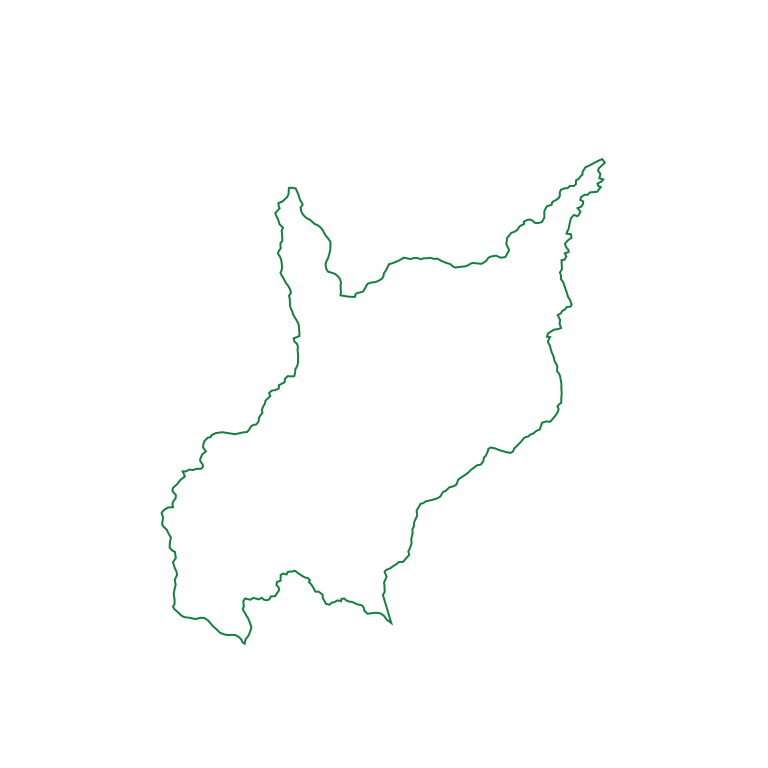 outline of Cristalândia, Tocantins, Brazil, rotated 114°
{"feature_id": "56859067B40620192903678", "entity_name": "Cristalândia", "entity_type": "district", "adm_level": 2, "iso_a3": "BRA", "parent_name": "Brazil", "parent_adm1": "Tocantins", "projection": "natural_earth1", "projection_center": [-49.344, -10.64], "detail": "fine", "context": "isolated", "style": "outline", "palette": "green", "viewbox_px": 768, "rotation_deg": 114, "n_neighbors": 0, "source": "geoboundaries", "source_scale": "gbopen_adm2", "svg_char_len": 6162}
<svg xmlns="http://www.w3.org/2000/svg" viewBox="0 0 768 768"><g transform="rotate(114 384 384)"><path d="M599.4,280.1L577.2,299.2L573.7,298.8L567.9,301.6L565.4,303.2L559.0,303.2L555.3,307.1L553.2,306.5L549.6,303.2L546.3,301.4L544.1,299.7L540.5,297.9L538.8,294.3L529.8,291.5L527.0,293.7L524.8,293.5L518.6,293.9L514.4,296.1L508.7,297.1L505.1,299.0L502.0,298.8L499.6,299.8L496.8,300.3L491.1,300.1L486.2,302.7L478.4,301.8L477.1,299.8L474.1,298.1L470.6,293.2L466.5,288.6L463.9,286.8L458.7,286.2L456.5,284.2L451.7,282.2L450.2,280.1L447.3,277.3L444.7,276.9L441.9,277.4L439.7,276.6L433.4,272.5L430.2,270.8L427.0,269.6L420.5,266.0L418.4,262.9L414.5,261.9L410.3,262.7L408.2,261.8L403.0,261.8L400.9,262.3L398.6,260.6L397.6,256.2L397.6,252.7L396.6,245.1L395.5,240.4L393.2,238.7L389.7,238.8L385.8,237.1L379.5,234.9L376.9,234.4L375.1,233.2L373.2,230.8L370.6,229.7L368.3,227.3L365.4,226.1L362.2,223.3L355.0,223.8L352.1,220.4L350.9,216.8L343.8,214.7L339.2,213.9L335.8,214.3L333.9,216.5L331.0,215.6L329.1,214.4L323.8,216.7L320.8,217.6L314.6,220.8L312.1,221.7L305.4,226.2L303.3,228.3L301.8,231.2L297.2,232.9L295.7,234.7L294.1,237.1L288.9,241.2L287.0,243.6L281.4,248.2L278.7,251.6L273.6,251.4L274.6,254.3L271.0,254.7L265.2,250.8L263.2,247.6L260.9,245.0L257.4,248.2L253.8,249.1L250.4,253.4L247.7,251.3L244.7,250.8L242.3,249.1L239.4,248.3L237.2,244.9L235.0,245.0L231.6,248.2L229.7,251.2L226.9,253.5L218.0,261.8L216.2,265.1L213.0,266.3L210.7,268.6L206.6,268.2L198.7,272.2L197.1,269.7L193.3,269.3L191.1,272.0L188.3,269.0L186.4,270.1L185.1,273.1L182.5,275.7L179.2,274.9L176.3,273.6L174.2,272.2L171.1,274.2L172.4,278.4L170.1,278.7L167.5,278.4L159.5,280.2L156.1,280.6L152.3,279.2L152.1,275.6L150.1,274.8L146.6,274.7L144.6,278.7L141.9,276.0L138.6,275.4L136.2,276.3L136.0,279.6L133.1,280.0L129.4,277.6L128.4,274.9L125.2,273.8L121.7,267.5L115.9,266.1L115.9,268.9L114.0,270.5L110.6,267.7L108.0,267.0L108.5,270.9L104.0,271.8L102.1,275.3L99.4,275.4L92.0,272.3L89.8,276.2L94.2,280.1L101.9,286.1L103.9,288.1L109.5,288.9L112.1,287.8L114.2,288.9L117.4,289.6L119.9,291.4L123.3,290.0L126.0,291.1L127.4,294.8L130.2,295.8L132.0,298.8L134.6,301.4L137.4,301.4L140.5,299.9L142.9,300.0L145.9,301.6L148.1,303.5L150.0,304.3L152.2,303.8L155.3,307.4L158.3,307.8L161.0,307.8L166.8,305.2L171.8,305.6L174.5,308.9L175.4,311.9L174.4,314.5L174.2,317.0L175.7,319.7L178.9,322.3L180.9,321.1L182.5,322.6L184.9,324.2L189.2,325.0L192.1,327.0L194.1,329.2L200.9,331.0L203.2,330.0L206.3,329.3L210.8,324.1L218.7,324.8L221.1,328.5L221.2,333.9L223.7,337.7L226.1,340.0L228.8,340.4L231.6,341.6L234.6,343.9L237.2,351.8L238.7,353.8L241.2,355.3L243.6,357.8L246.5,363.0L248.7,366.3L248.5,369.0L247.5,372.2L248.1,376.5L248.2,382.4L247.7,386.1L249.3,389.0L250.1,393.4L251.7,396.0L253.1,399.0L255.0,401.1L255.4,405.1L257.5,409.0L259.1,410.6L260.5,417.3L264.9,420.3L269.9,425.1L272.6,428.2L278.9,428.4L282.8,429.1L285.7,428.4L288.3,428.6L291.5,430.6L294.3,433.2L296.7,437.2L299.2,439.8L307.9,440.6L310.1,443.1L311.5,445.2L313.4,446.5L316.3,446.1L318.5,451.4L320.7,459.8L317.4,460.8L311.9,463.7L308.8,464.5L305.8,467.2L304.5,469.6L303.3,473.6L304.1,480.8L302.8,483.0L300.2,485.0L298.1,486.2L295.7,486.5L292.2,486.3L287.4,486.9L283.6,487.6L278.1,489.7L275.8,490.9L273.6,494.5L272.1,497.7L267.9,503.3L266.6,506.2L266.0,508.9L266.0,512.5L264.2,517.9L263.8,523.0L262.0,527.3L260.2,529.6L256.7,532.0L253.2,531.2L249.7,535.8L245.5,539.5L241.3,544.2L242.2,548.0L243.6,550.6L249.5,548.4L252.8,548.6L258.6,551.0L261.8,554.1L264.0,552.7L266.0,550.8L272.1,552.9L274.5,550.5L276.7,547.7L280.5,544.5L282.3,539.8L285.8,539.8L288.0,538.3L294.6,535.1L297.3,535.9L299.9,534.8L302.0,533.5L304.8,534.1L307.7,534.2L310.5,530.2L313.3,527.8L318.7,524.6L321.8,523.8L324.3,523.9L326.3,521.9L328.0,519.2L331.8,514.5L332.9,512.2L335.5,508.5L338.6,506.1L341.9,506.7L344.3,504.9L351.3,501.4L355.9,496.5L357.7,495.1L361.3,489.8L363.6,486.9L366.1,485.1L371.6,482.1L374.6,480.8L379.1,485.1L381.8,482.9L382.5,480.2L384.6,478.0L388.9,476.4L392.0,474.5L399.2,471.3L402.9,470.6L406.6,471.0L410.1,469.7L413.4,469.2L414.5,471.2L416.0,475.2L419.7,476.6L422.8,475.5L427.8,479.5L431.0,478.3L434.0,481.1L435.7,483.9L438.9,485.3L441.3,483.0L447.4,485.5L450.7,484.8L453.1,485.2L457.6,485.1L459.7,483.3L463.9,484.4L466.3,484.3L469.4,483.3L472.9,484.3L474.5,486.6L476.6,488.2L480.3,488.6L483.5,489.5L485.2,492.5L490.5,499.8L493.8,512.1L497.3,517.7L500.9,520.8L503.2,520.8L504.7,523.2L509.6,524.9L512.9,524.4L515.5,523.5L518.0,519.3L522.3,521.5L527.9,521.3L529.8,519.7L531.3,516.8L533.5,515.7L535.9,516.6L538.0,521.3L540.1,523.1L541.4,527.1L544.5,529.5L545.7,532.4L549.4,528.3L554.6,531.0L559.9,532.3L564.5,534.5L567.5,534.0L568.8,531.9L570.0,529.1L573.2,527.8L576.7,528.8L579.5,528.6L582.4,526.7L584.5,530.8L587.2,533.0L590.1,534.3L592.5,534.7L595.7,531.5L602.4,529.7L604.0,527.4L605.5,523.2L608.4,519.8L611.0,516.2L616.4,515.0L620.7,513.3L622.3,509.6L622.4,506.8L627.6,503.4L632.8,504.3L637.6,499.9L639.5,497.4L642.6,495.4L648.1,495.5L652.1,492.7L658.0,491.6L661.4,490.7L666.2,487.6L670.3,485.8L673.3,486.2L675.0,483.8L676.8,477.9L677.8,475.6L678.2,473.0L677.9,470.2L676.8,467.2L675.4,460.5L672.1,456.4L670.9,453.1L671.5,448.7L674.9,441.6L675.7,438.7L677.9,432.7L677.9,430.0L677.5,426.8L676.6,423.9L675.0,420.9L673.8,417.6L674.2,413.5L675.5,410.5L677.5,408.3L678.0,405.7L675.3,406.3L672.7,406.5L670.6,405.8L668.3,405.4L662.3,405.8L660.0,406.3L655.5,410.5L652.9,413.4L651.7,415.5L650.0,417.3L648.7,419.7L646.6,421.7L644.3,421.5L642.3,422.8L639.6,424.2L636.4,423.6L635.5,418.5L632.5,416.2L631.7,410.8L629.1,408.8L629.9,405.8L629.1,402.9L627.3,401.2L624.1,401.0L622.2,397.2L614.9,396.0L612.6,397.6L611.3,400.6L608.4,401.2L605.8,398.5L600.5,400.7L598.4,399.4L597.6,395.5L595.0,395.5L593.6,393.6L592.6,391.4L590.8,389.5L592.0,384.4L592.9,378.1L592.3,374.1L593.4,371.9L595.6,371.9L596.8,368.7L599.2,365.2L601.6,362.3L600.3,359.1L601.5,354.3L604.5,352.8L608.4,347.5L607.8,344.0L605.0,342.8L603.3,340.4L600.6,338.5L599.9,334.9L597.6,335.5L596.2,333.1L597.0,330.6L597.0,327.4L596.2,325.1L596.0,322.6L596.2,319.5L595.2,313.8L596.8,311.4L599.2,309.6L600.6,305.6L596.5,298.8L595.6,296.4L595.0,293.5L596.0,289.2L598.2,285.6L599.4,280.1Z" fill="none" stroke="#15803d" stroke-width="2"/></g></svg>